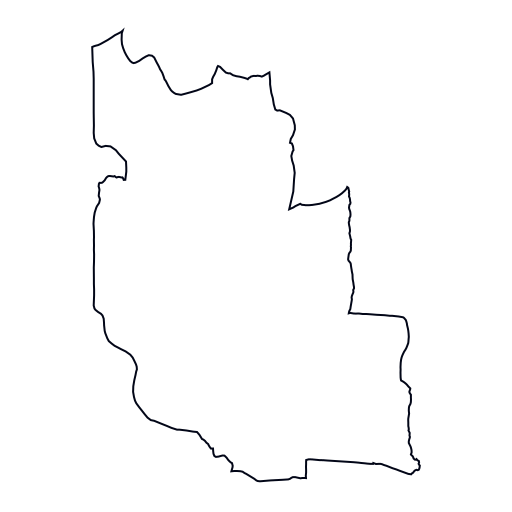 Banteay Meas, Kâmpôt, Cambodia (Robinson projection)
{"feature_id": "14789045B96186957930453", "entity_name": "Banteay Meas", "entity_type": "district", "adm_level": 2, "iso_a3": "KHM", "parent_name": "Cambodia", "parent_adm1": "Kâmpôt", "projection": "robinson", "projection_center": [104.619, 10.653], "detail": "fine", "context": "isolated", "style": "outline", "palette": "ink", "viewbox_px": 512, "rotation_deg": 0, "n_neighbors": 0, "source": "geoboundaries", "source_scale": "gbopen_adm2", "svg_char_len": 5979}
<svg xmlns="http://www.w3.org/2000/svg" viewBox="0 0 512 512"><path d="M122.6,30.7L121.4,31.8L118.3,33.5L114.9,35.2L111.9,37.3L107.7,40.0L103.2,42.5L100.3,44.1L98.1,45.1L95.7,45.7L93.8,46.3L92.2,47.0L92.7,62.0L93.5,71.8L93.7,79.0L93.7,112.7L93.9,125.7L93.7,132.9L94.2,138.4L96.3,143.6L98.7,145.7L101.4,147.0L105.6,145.9L110.5,146.4L115.9,150.2L118.7,153.7L126.0,161.5L126.3,167.8L126.3,171.7L125.3,179.8L123.7,179.9L123.2,178.5L122.4,177.4L121.4,177.5L120.0,177.1L118.8,176.9L117.6,177.1L116.6,177.5L115.8,177.1L114.6,176.1L113.4,176.5L109.9,176.0L108.3,176.1L107.0,177.0L106.0,178.1L104.7,180.3L103.7,181.3L102.9,182.1L102.1,182.7L101.0,182.9L99.5,182.8L98.9,183.9L98.8,185.0L98.6,186.3L99.0,187.6L99.4,189.3L99.4,190.6L99.1,192.1L98.7,195.9L99.7,198.4L99.9,199.7L99.1,203.0L96.9,206.3L96.2,207.9L94.7,212.6L94.0,216.9L93.6,221.9L93.5,223.7L93.9,231.0L94.0,237.2L93.9,239.6L94.0,245.7L93.9,249.7L94.1,254.6L94.0,262.0L93.8,267.6L93.9,278.1L93.9,283.9L94.1,289.6L94.1,295.4L93.7,305.5L94.5,308.6L95.5,309.9L98.1,312.0L101.0,313.8L102.5,315.5L103.7,318.7L104.0,322.5L104.1,325.3L104.7,330.9L105.3,333.2L107.3,338.3L108.8,341.1L111.6,343.5L114.6,345.8L118.3,347.7L120.9,349.1L125.6,351.4L130.3,354.7L132.7,357.6L134.2,360.6L136.0,364.4L136.7,366.7L136.9,369.4L136.2,371.5L135.5,375.1L134.3,380.2L133.3,386.2L133.1,391.9L134.0,397.0L135.0,400.6L136.3,403.3L139.1,407.1L144.6,414.1L147.5,417.6L150.8,420.1L154.2,420.8L158.6,422.6L162.3,424.1L166.8,425.9L171.5,427.9L177.1,429.7L179.7,429.7L186.5,430.5L193.0,431.6L197.0,432.0L199.5,434.9L202.0,439.0L203.4,439.6L205.0,440.9L206.4,442.7L208.2,444.1L208.7,445.3L209.8,447.1L211.0,448.6L213.0,448.5L213.2,451.4L213.5,453.8L214.4,456.0L215.9,456.9L218.5,456.6L222.5,455.5L224.4,455.6L225.2,456.3L226.7,457.8L228.0,459.7L229.2,461.0L230.6,462.3L232.0,463.1L232.7,465.8L232.5,467.4L231.7,470.2L231.4,471.3L234.1,471.0L237.0,471.0L240.2,471.2L242.6,471.7L244.6,473.1L246.1,473.8L254.3,478.8L256.3,480.4L257.6,481.0L259.9,481.3L270.7,480.4L282.4,479.8L288.3,479.4L290.0,478.8L291.4,477.8L292.9,477.1L295.2,477.1L296.4,477.4L300.5,478.3L302.2,478.0L304.8,478.0L306.0,478.1L305.8,475.6L306.1,472.7L306.1,469.8L306.0,466.7L306.1,464.1L306.1,461.7L306.2,460.0L308.8,459.3L311.9,459.4L319.4,460.1L323.4,460.2L327.1,460.5L353.6,462.2L358.1,462.6L361.4,463.0L364.7,463.3L367.2,463.6L370.7,463.9L373.1,463.9L373.3,463.0L375.9,464.0L378.2,463.9L380.7,463.9L382.0,464.2L383.9,465.0L386.5,465.8L392.5,468.2L396.5,469.5L399.8,470.8L408.3,473.9L411.2,474.3L411.9,473.4L413.1,472.7L414.0,471.4L414.9,470.5L416.4,469.8L417.7,470.2L418.8,469.7L419.3,468.6L419.6,467.3L419.8,465.5L419.2,464.9L418.6,463.8L419.1,462.5L418.9,461.1L417.5,460.3L416.5,459.1L415.9,459.7L414.8,459.6L413.6,458.5L413.2,457.2L412.5,456.0L411.5,455.2L410.9,454.4L411.6,452.6L411.6,450.9L411.4,449.5L410.9,447.5L410.5,446.4L409.8,445.0L408.8,443.0L408.8,441.2L409.3,439.1L409.8,437.7L409.9,436.8L409.5,435.6L409.7,432.9L408.5,430.5L408.8,429.2L408.6,427.5L408.3,426.1L408.3,422.5L408.2,419.9L408.3,418.4L409.1,413.6L408.8,410.7L408.9,407.9L409.2,406.2L410.4,404.0L410.8,402.5L410.9,401.5L411.0,399.2L410.9,398.0L410.9,394.7L410.2,393.8L409.5,392.6L409.4,391.5L410.1,389.6L410.3,388.4L408.3,386.4L407.0,384.8L406.0,383.8L404.3,382.4L402.8,381.4L401.1,380.5L400.8,379.2L400.6,377.4L400.5,372.5L400.6,369.5L400.5,367.1L400.7,362.8L401.1,359.6L401.6,357.5L402.2,355.8L402.9,354.2L404.1,351.7L405.3,349.9L406.2,348.3L407.0,346.4L407.6,344.8L408.2,343.2L408.4,341.8L408.6,339.0L408.8,336.9L408.6,333.6L408.3,330.9L407.9,328.5L407.0,324.8L406.9,323.6L406.3,321.4L405.8,320.0L403.9,317.8L403.1,317.3L402.1,317.1L398.7,316.5L392.2,315.8L389.9,315.8L384.7,315.2L376.7,314.8L369.4,314.2L366.2,314.0L362.7,314.0L358.8,313.5L355.6,313.6L353.6,313.5L350.1,312.9L348.8,313.3L349.0,312.1L349.4,310.8L350.3,309.1L350.7,306.4L351.7,300.7L351.9,299.3L351.6,297.4L351.9,295.9L352.6,294.1L353.3,292.5L353.4,291.4L353.2,290.0L354.0,288.4L354.0,287.1L353.6,284.9L353.3,282.5L352.7,279.4L352.6,278.0L352.5,274.5L351.9,271.7L351.6,269.7L351.3,268.0L350.9,265.3L350.8,264.0L350.3,262.7L348.5,260.6L348.1,259.3L348.4,257.0L348.8,254.2L349.5,252.7L350.3,251.8L350.8,250.7L351.0,247.5L350.8,246.3L351.0,245.0L350.9,243.7L351.2,239.8L350.6,238.7L350.4,237.7L350.2,236.5L349.4,233.2L349.9,231.7L350.0,230.1L349.6,227.1L349.2,225.5L348.9,223.6L348.8,222.2L349.4,220.8L349.4,219.6L349.4,218.1L350.3,216.5L350.5,214.9L350.4,213.0L350.2,211.6L349.8,210.4L349.3,209.2L349.0,207.7L349.4,204.9L350.3,203.8L350.5,202.5L350.1,201.1L350.0,199.4L349.7,197.9L349.0,196.5L349.2,194.7L349.1,193.4L348.9,192.4L349.2,191.5L348.9,190.5L348.6,189.1L348.3,187.8L347.2,187.0L346.5,188.7L345.0,190.5L341.9,193.3L339.3,195.2L336.4,197.0L332.5,199.0L330.1,200.3L325.9,201.9L319.4,203.8L312.5,204.9L309.1,205.2L305.5,205.2L304.4,205.0L302.8,204.9L301.6,204.7L300.3,203.8L295.4,206.1L293.3,207.5L289.2,209.3L293.3,191.5L294.1,178.9L294.7,172.9L293.7,165.6L292.1,160.5L291.3,156.0L292.6,151.5L293.5,150.1L293.0,146.3L291.9,143.5L290.0,142.8L290.8,138.9L293.0,135.2L294.9,129.5L294.8,125.3L293.0,118.5L289.9,114.9L286.3,113.0L279.8,110.3L277.2,110.6L275.3,109.5L273.8,104.4L272.8,98.1L271.3,92.9L270.1,84.4L270.1,80.5L269.4,72.4L264.9,75.0L264.0,75.6L261.8,76.6L259.9,76.0L257.4,75.7L256.1,76.0L253.5,75.9L250.9,76.6L250.1,77.3L248.8,78.0L247.8,79.2L246.8,78.7L244.4,77.9L239.7,76.7L236.4,76.2L233.0,75.2L230.1,73.3L228.2,73.3L225.9,72.6L222.9,69.8L220.1,66.9L218.0,66.0L217.3,67.1L216.2,70.5L214.7,74.1L213.2,76.7L212.1,79.3L212.1,83.1L211.3,83.6L209.1,85.0L201.1,88.8L196.6,90.5L190.4,92.3L185.7,93.6L181.1,94.8L175.7,93.9L173.9,92.8L172.1,91.4L170.8,90.0L168.4,86.1L166.4,82.1L165.4,80.3L164.7,79.7L164.4,78.9L163.5,76.1L162.3,72.9L161.1,70.8L160.1,69.3L159.3,67.4L158.3,65.4L156.7,62.5L154.2,57.5L152.0,55.7L148.8,55.2L145.9,56.5L142.7,58.4L139.2,60.9L135.5,62.7L133.6,63.1L132.2,62.6L130.2,61.0L128.2,58.3L126.3,55.2L124.7,52.1L123.1,48.0L122.0,44.2L121.6,39.6L121.8,33.2L122.6,30.7Z" fill="none" stroke="#020617" stroke-width="2"/></svg>